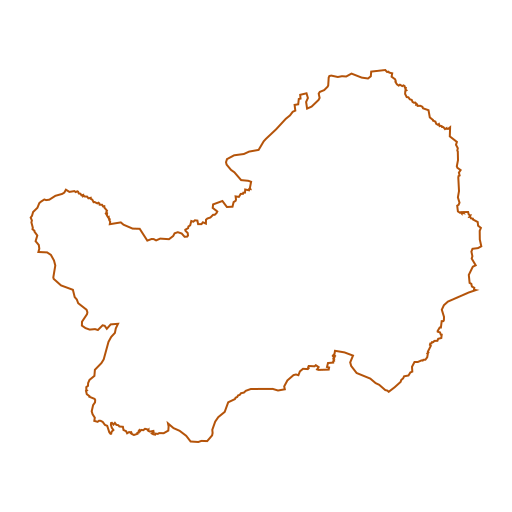 Pak Thong Chai, Nakhon Ratchasima, Thailand
{"feature_id": "78962969B86038514919301", "entity_name": "Pak Thong Chai", "entity_type": "district", "adm_level": 2, "iso_a3": "THA", "parent_name": "Thailand", "parent_adm1": "Nakhon Ratchasima", "projection": "orthographic", "projection_center": [101.937, 14.672], "detail": "fine", "context": "isolated", "style": "outline", "palette": "amber", "viewbox_px": 512, "rotation_deg": 0, "n_neighbors": 0, "source": "geoboundaries", "source_scale": "gbopen_adm2", "svg_char_len": 5990}
<svg xmlns="http://www.w3.org/2000/svg" viewBox="0 0 512 512"><path d="M450.1,127.3L448.1,128.9L446.6,128.8L446.5,128.2L445.0,129.1L443.4,127.1L442.0,127.0L441.7,126.1L440.5,125.8L439.6,126.1L438.9,124.0L437.9,124.8L436.2,123.8L435.4,121.6L433.0,120.6L433.0,120.0L429.8,117.4L428.5,110.2L423.0,108.3L422.4,106.8L420.4,105.8L417.6,105.9L417.2,104.6L416.1,104.7L416.3,103.6L415.1,102.5L414.1,102.8L412.6,102.0L411.7,99.9L409.8,99.3L408.4,97.3L406.7,97.1L405.1,93.9L405.3,91.0L406.4,90.3L405.5,89.5L405.8,87.9L404.9,87.7L404.6,86.1L403.5,85.4L402.3,86.1L399.9,84.7L398.7,85.6L396.9,84.3L395.4,81.8L395.8,81.2L395.1,79.3L391.6,76.7L392.2,73.3L389.2,72.6L388.5,71.7L387.1,72.0L385.2,70.0L371.2,71.6L370.8,76.3L368.0,78.5L361.7,77.6L351.5,73.6L346.2,76.5L342.0,76.2L337.8,77.0L331.3,75.6L329.4,76.0L328.7,77.5L328.2,85.5L327.6,86.7L324.2,90.1L319.8,91.9L318.7,93.6L319.6,97.9L318.6,99.9L311.6,106.6L307.1,108.6L306.1,102.0L307.9,98.0L306.5,93.3L300.2,94.8L300.5,98.6L298.8,99.0L298.2,104.3L294.6,104.9L295.3,110.6L292.7,111.8L290.0,115.4L285.8,118.8L276.1,129.3L266.0,138.8L263.7,141.3L258.6,149.9L249.1,151.6L243.9,154.0L234.1,155.3L227.0,159.1L226.0,162.2L226.6,164.6L231.0,169.9L234.4,172.3L241.1,180.1L248.3,180.8L251.1,181.8L249.9,188.0L250.4,189.1L249.2,189.0L249.0,190.3L245.2,189.5L245.0,192.6L243.3,192.7L243.0,193.8L240.7,193.9L238.9,196.9L235.6,196.4L236.0,199.6L235.6,200.8L233.6,202.1L232.5,206.7L226.9,207.0L222.4,201.0L213.1,204.4L212.7,207.9L217.3,211.5L216.5,213.1L214.7,214.8L213.1,214.8L210.4,217.5L207.4,218.5L206.0,219.7L205.9,223.6L202.9,222.3L201.5,224.1L198.1,224.1L197.4,220.6L194.9,220.3L193.3,221.7L191.3,221.0L190.2,225.3L188.4,226.5L188.1,228.2L185.3,229.7L185.4,230.7L187.7,233.0L188.0,235.5L187.2,236.6L184.6,236.8L181.7,233.5L177.8,232.2L174.6,233.3L173.2,236.0L169.0,239.2L160.2,238.6L156.1,240.4L153.7,239.1L151.6,239.0L147.3,240.6L139.7,228.8L132.6,228.6L123.5,224.7L120.8,222.4L109.8,224.2L110.2,221.8L109.2,219.9L109.7,219.2L108.9,218.6L108.7,216.9L108.0,217.2L106.9,215.4L107.0,213.9L106.3,214.2L105.9,213.6L106.9,213.0L106.3,212.1L107.0,210.7L104.4,207.6L104.3,206.2L103.0,206.4L102.1,204.8L99.6,204.7L99.3,203.4L98.4,202.7L97.3,203.4L94.6,202.0L93.6,202.2L92.3,199.7L90.7,198.8L90.7,197.8L88.4,198.3L87.1,196.6L84.7,196.5L83.9,195.8L83.1,196.2L83.1,194.9L81.5,195.4L80.4,193.7L78.8,193.5L78.1,191.7L77.3,191.3L75.7,192.1L74.4,191.1L69.4,191.9L65.9,189.7L64.3,192.6L62.2,193.9L55.4,195.8L49.3,199.7L46.1,200.1L44.3,199.5L40.9,201.7L39.3,203.1L37.4,207.8L33.1,212.0L32.0,215.8L30.7,217.6L31.9,220.5L31.4,222.4L32.8,227.7L32.5,229.2L34.4,230.7L34.5,231.7L37.3,235.5L35.6,241.2L38.8,245.0L39.3,248.7L38.4,252.0L47.1,252.4L50.9,254.9L54.0,260.5L55.3,265.5L53.3,277.4L53.7,278.9L61.0,285.4L72.9,289.8L74.7,297.1L76.8,299.5L78.2,303.2L86.6,309.8L87.4,312.3L87.0,314.2L82.0,321.7L81.9,325.6L85.5,328.1L89.7,329.6L95.0,329.1L97.9,330.0L102.6,325.3L104.7,325.8L106.8,328.8L110.7,324.4L118.0,323.8L115.8,328.4L114.9,332.9L111.2,336.9L108.5,341.8L103.7,359.4L101.4,363.1L94.9,369.8L94.4,375.9L89.5,379.9L88.1,383.1L88.0,385.8L86.3,387.1L86.3,389.8L86.9,390.4L86.0,390.9L86.8,394.2L89.4,396.1L89.3,396.7L94.6,398.9L95.2,400.0L95.0,402.4L93.1,405.1L91.7,411.3L92.6,414.3L94.8,417.7L94.3,420.9L97.6,421.8L99.1,420.7L100.6,420.8L102.7,421.9L104.9,424.9L107.2,425.8L109.3,432.3L110.5,433.8L111.2,433.7L111.6,431.7L113.4,430.0L111.8,427.8L110.9,424.7L111.1,423.0L111.9,422.8L113.5,424.6L114.9,422.9L116.4,424.9L118.3,425.2L119.4,426.5L122.9,426.8L123.5,430.0L126.1,431.2L127.1,433.3L129.0,432.1L130.4,432.2L130.6,432.9L131.3,432.4L131.9,434.0L133.9,435.0L137.5,433.8L137.4,432.9L138.8,432.5L138.6,431.2L139.4,430.1L140.2,431.1L141.2,429.9L143.3,430.2L145.0,428.8L147.1,429.3L147.8,430.2L148.5,429.6L148.5,431.0L149.9,431.6L153.4,430.9L153.6,432.1L151.9,433.5L153.3,434.3L155.1,434.6L155.3,433.6L157.8,433.9L159.2,433.1L163.7,433.2L168.3,430.6L168.6,426.5L168.0,423.4L173.5,428.1L179.6,430.8L186.2,435.8L190.6,441.5L198.3,442.0L201.4,440.9L207.2,441.1L212.1,435.4L212.6,433.0L212.3,429.8L215.2,421.6L218.3,417.1L224.7,411.9L228.2,402.3L234.9,399.1L235.6,397.7L237.2,397.0L238.1,395.4L239.7,394.9L241.0,393.2L243.9,392.6L245.8,390.8L250.8,389.0L272.7,388.9L278.0,390.5L284.8,389.3L284.2,386.4L287.4,380.4L293.5,375.1L296.0,374.5L298.4,375.2L299.9,371.4L303.0,368.8L307.8,369.1L308.7,368.1L308.1,367.3L308.7,366.0L314.6,366.3L315.8,365.2L318.6,367.1L317.1,369.4L318.6,369.9L328.7,369.6L329.1,367.5L327.0,367.0L328.0,363.0L333.2,362.6L333.2,361.3L334.1,360.8L333.4,359.0L334.1,358.8L333.7,357.8L334.6,356.9L333.5,356.4L334.4,355.7L333.2,355.3L333.6,354.8L334.3,355.1L335.0,350.8L344.5,352.4L353.0,355.6L350.2,362.4L351.2,366.0L356.6,373.0L370.3,378.6L375.6,383.1L379.2,384.8L385.3,390.1L387.4,390.6L388.7,391.8L394.6,387.3L400.6,381.9L401.3,379.9L403.1,378.4L404.1,376.3L408.5,375.5L410.3,372.5L412.3,371.6L412.0,366.8L414.5,362.0L417.8,362.0L421.5,360.4L422.7,360.6L423.3,359.8L425.4,359.7L427.2,357.3L427.8,354.0L427.3,353.4L428.4,352.5L427.9,351.6L430.8,345.8L429.9,344.9L430.3,343.5L431.5,343.4L431.9,342.2L433.3,342.1L434.4,340.9L437.4,340.8L438.2,338.8L441.3,338.0L441.7,334.7L440.8,334.6L440.0,332.4L437.7,331.7L437.6,331.1L439.7,327.5L440.9,327.5L441.7,321.1L443.4,321.1L443.9,320.1L444.0,316.9L441.8,309.7L443.9,305.2L447.9,301.6L468.7,292.5L475.8,290.1L474.0,289.7L474.3,287.8L471.9,286.5L471.3,283.8L469.6,282.9L468.8,274.9L472.8,266.7L475.7,265.3L471.7,258.6L472.4,256.2L471.4,251.6L472.5,248.8L478.0,248.1L481.3,246.3L479.8,239.5L479.7,230.8L480.9,227.9L478.1,225.7L477.7,222.0L473.0,219.5L472.9,218.7L470.9,218.3L470.2,216.7L469.5,216.8L470.4,215.3L469.6,215.3L468.6,214.1L468.1,212.0L462.6,212.1L463.4,213.1L461.9,212.8L461.8,213.6L460.6,212.3L459.9,212.7L457.9,211.4L457.2,205.7L458.6,204.8L459.5,202.7L457.9,197.4L459.0,191.1L458.3,177.6L458.5,176.1L459.6,175.5L458.9,172.6L460.6,170.1L457.4,167.8L456.8,166.3L458.0,160.1L457.8,151.5L457.3,150.6L457.8,148.2L456.0,144.8L456.9,141.9L449.8,136.4L450.1,127.3Z" fill="none" stroke="#b45309" stroke-width="2"/></svg>